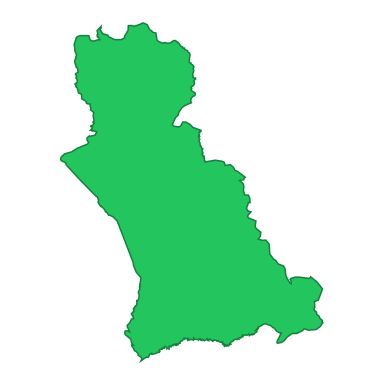 outline of Tolon, Northern, Ghana
{"feature_id": "2480657B36155100412367", "entity_name": "Tolon", "entity_type": "district", "adm_level": 2, "iso_a3": "GHA", "parent_name": "Ghana", "parent_adm1": "Northern", "projection": "albers", "projection_center": [-1.197, 9.557], "detail": "fine", "context": "isolated", "style": "filled", "palette": "green", "viewbox_px": 384, "rotation_deg": 0, "n_neighbors": 0, "source": "geoboundaries", "source_scale": "gbopen_adm2", "svg_char_len": 5920}
<svg xmlns="http://www.w3.org/2000/svg" viewBox="0 0 384 384"><path d="M140.9,361.0L145.8,357.4L148.3,357.3L150.0,353.9L150.8,353.5L151.3,354.0L151.8,353.4L152.3,354.2L155.2,353.7L157.1,352.8L157.3,352.2L159.2,352.5L159.9,351.4L159.4,351.2L159.3,349.7L161.4,349.4L161.0,349.0L162.0,348.2L162.5,348.7L163.2,348.0L164.5,348.2L164.3,346.9L165.0,346.2L167.0,347.7L166.9,348.8L167.9,348.4L169.0,349.1L169.3,346.1L171.1,346.8L171.2,345.7L173.2,345.6L173.2,344.6L174.8,344.0L175.1,345.1L176.1,344.2L176.3,345.4L177.0,345.2L177.3,344.4L178.0,344.5L177.7,343.8L180.2,343.1L180.0,341.7L182.5,340.6L184.1,338.3L184.7,339.2L185.5,338.3L187.3,339.0L188.3,338.3L188.6,338.7L187.6,339.6L187.8,340.5L191.3,339.4L193.3,340.1L193.8,338.3L194.4,339.4L198.1,339.4L198.3,340.0L199.3,339.0L199.7,339.4L199.7,338.8L200.5,338.8L200.7,339.9L201.9,340.6L202.6,339.5L204.3,340.8L206.7,339.3L207.3,340.2L208.7,340.6L208.3,339.4L208.8,339.8L209.8,339.1L211.1,340.3L210.9,340.8L211.6,340.2L212.0,340.6L212.8,340.3L212.9,341.1L214.2,340.1L215.8,340.1L217.1,341.3L218.1,340.6L218.2,341.2L220.1,342.1L220.9,342.4L221.5,341.7L222.2,342.8L222.7,342.5L222.7,344.0L223.7,343.7L223.6,344.8L224.7,344.7L224.0,345.3L224.5,346.4L226.0,345.5L226.1,346.0L227.7,345.8L227.9,345.2L228.7,345.8L229.8,344.7L229.5,343.8L230.9,344.0L230.4,343.1L231.1,341.9L232.8,341.4L234.5,339.6L236.0,339.2L236.9,339.6L237.5,338.8L238.8,339.1L238.5,338.4L239.3,337.6L240.8,338.1L241.3,336.9L242.6,336.9L242.4,335.1L243.5,335.8L244.1,335.0L247.1,335.2L248.9,334.1L249.3,335.7L250.6,334.7L251.2,334.9L251.6,334.0L252.1,333.9L252.8,334.8L254.2,334.1L255.1,332.8L256.7,332.0L256.8,330.8L255.9,330.5L256.7,330.2L256.2,329.8L257.1,328.8L257.2,329.3L258.4,328.5L258.4,326.8L259.7,326.6L264.7,323.6L270.7,325.6L272.9,327.6L274.4,328.2L276.7,331.3L279.9,333.0L281.3,333.0L277.2,341.2L277.0,342.8L277.6,343.2L281.3,342.5L284.1,340.8L287.0,337.2L292.1,333.5L296.6,333.5L302.5,330.7L304.1,328.7L308.6,330.2L316.3,329.5L320.7,326.1L322.3,323.0L323.4,322.8L322.2,322.4L322.3,320.4L319.5,317.9L319.5,316.6L316.7,314.2L316.5,312.2L315.4,311.0L314.6,310.9L313.9,309.0L314.8,307.2L314.5,301.5L318.3,300.2L322.5,288.9L316.9,281.9L310.7,276.9L310.5,277.7L308.5,278.4L299.0,277.1L295.5,277.1L292.3,277.9L290.5,278.8L290.1,279.5L291.0,280.6L291.2,283.7L289.8,282.8L287.3,278.8L285.8,275.2L285.0,268.7L283.6,266.0L278.0,263.9L276.1,260.8L273.4,258.9L269.8,254.1L269.2,244.2L265.9,240.1L262.1,240.3L258.4,239.1L260.3,236.2L260.8,232.2L256.8,229.1L255.1,226.9L255.9,220.9L249.1,218.2L247.7,217.0L248.0,215.2L250.9,211.8L247.9,211.0L246.5,208.3L248.5,202.6L250.1,202.6L249.8,198.4L248.3,195.0L244.6,195.0L243.4,190.0L243.9,187.3L243.4,184.0L239.6,180.5L243.8,179.7L244.2,178.3L245.3,177.3L237.6,171.4L234.9,170.4L233.4,167.2L230.4,164.7L225.3,165.4L224.1,162.1L222.2,161.3L215.4,160.2L205.2,161.9L205.3,161.2L204.4,160.7L204.3,157.9L203.8,157.8L204.2,156.2L202.2,155.5L202.8,153.6L202.4,153.7L202.3,152.9L202.8,152.6L202.0,150.1L202.9,149.0L201.7,148.2L201.0,146.0L200.3,146.0L199.9,142.6L198.8,140.9L199.8,139.3L198.7,137.1L199.6,136.3L198.7,135.9L199.5,134.8L198.8,134.0L199.1,132.7L200.0,132.4L199.8,131.5L201.0,131.2L201.1,130.4L192.8,127.4L190.2,124.5L186.0,122.1L182.8,122.1L180.5,126.2L178.4,126.9L173.8,126.2L172.3,124.7L175.5,117.7L178.2,115.0L178.7,112.7L181.6,108.0L185.0,105.4L191.3,102.8L190.7,100.8L191.3,98.3L192.9,96.4L194.5,95.8L195.4,94.4L195.2,93.0L191.6,90.7L191.2,89.5L191.8,88.3L191.0,87.8L191.7,86.3L192.8,86.1L194.0,84.8L194.5,83.2L193.9,80.5L195.6,79.1L195.5,78.0L194.1,78.2L192.6,77.1L193.1,76.3L192.7,74.0L193.8,70.8L193.3,68.6L193.9,66.5L192.6,64.8L191.3,64.1L190.9,63.0L189.6,62.7L189.2,61.6L190.0,54.3L189.5,53.0L188.1,52.3L187.4,50.6L184.7,49.5L184.5,48.1L183.3,48.3L182.7,47.0L180.9,46.2L178.3,42.5L177.5,42.6L177.1,41.7L175.2,40.5L173.3,40.7L170.1,43.2L165.9,43.0L165.4,42.5L162.5,43.1L159.0,41.7L157.0,40.2L155.9,33.0L152.7,32.2L151.4,30.6L149.8,29.9L147.2,24.7L143.6,23.0L141.8,23.2L141.4,23.8L134.3,26.3L131.6,25.5L128.3,25.6L128.1,30.3L124.5,36.3L124.5,37.9L121.5,39.6L114.8,39.7L108.7,36.8L107.8,35.1L102.7,33.7L100.1,29.6L101.1,28.0L101.1,26.4L97.1,30.6L97.8,34.2L97.1,34.8L97.3,36.7L97.9,37.3L98.5,37.1L99.3,39.3L100.4,40.0L98.2,39.7L94.3,41.0L91.8,40.9L90.1,39.7L88.8,35.8L87.9,35.6L80.9,35.6L78.3,36.2L76.5,37.3L74.2,44.2L75.0,51.2L76.5,54.8L74.6,61.7L76.3,67.3L76.7,67.2L77.7,69.1L78.0,72.5L75.7,73.5L75.4,74.2L76.8,76.6L75.9,77.9L77.2,79.7L77.2,81.9L76.5,83.2L75.3,83.4L75.6,84.1L75.1,84.4L76.3,85.6L75.8,86.6L77.4,88.2L78.5,93.1L81.3,94.0L82.0,99.1L84.9,100.5L86.6,102.6L86.4,103.2L87.4,103.8L90.3,104.1L90.1,106.1L90.9,107.8L90.5,109.8L93.8,112.6L93.1,115.6L94.0,120.8L93.9,121.5L92.9,122.1L94.1,123.3L93.5,123.5L92.6,125.9L91.3,125.5L90.9,126.0L90.8,126.5L92.1,127.3L92.1,128.3L90.4,130.2L91.6,130.1L91.8,130.6L92.4,129.9L92.9,131.1L93.4,130.8L96.8,131.9L95.1,135.2L90.3,136.2L89.5,135.9L87.2,137.7L86.9,139.8L88.5,142.4L87.7,144.0L77.1,148.3L71.6,151.9L64.5,153.9L61.2,157.1L60.6,159.1L61.2,160.6L65.3,162.6L66.5,165.2L81.0,180.9L96.2,196.4L97.3,196.8L98.6,200.2L98.1,202.1L98.6,203.5L100.1,205.5L100.8,205.6L100.8,206.5L102.1,207.0L104.6,209.6L105.6,211.9L106.8,212.3L108.6,215.2L110.0,215.2L113.1,216.9L117.2,221.0L133.2,262.5L133.5,265.3L136.3,272.3L140.6,277.3L141.0,278.4L139.8,284.4L140.4,284.9L139.7,286.0L140.1,286.6L139.5,286.7L139.9,289.3L138.5,291.2L138.5,293.6L139.2,294.4L138.9,298.1L137.7,300.7L136.8,300.6L136.9,303.3L136.5,305.1L135.4,306.0L135.7,306.7L134.6,307.0L133.6,308.6L134.1,308.9L133.5,309.4L134.0,311.6L133.0,311.9L131.4,313.8L131.9,314.1L131.7,314.9L132.7,315.1L133.1,316.0L132.7,316.7L133.4,317.1L133.5,318.6L131.5,319.0L129.7,322.8L127.2,325.4L127.4,327.1L129.7,331.9L127.2,330.8L125.2,331.0L124.7,332.4L125.2,334.6L130.8,339.2L131.5,342.7L133.4,345.1L131.7,345.0L132.1,346.6L133.6,348.4L134.3,350.6L136.3,351.7L138.5,354.4L138.1,355.1L141.2,357.5L141.8,358.9L140.9,361.0Z" fill="#22c55e" stroke="#15803d" stroke-width="1.5"/></svg>